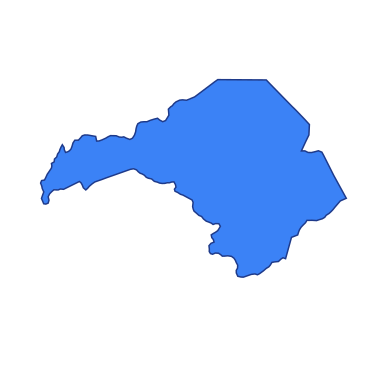 Caculé, Bahia, Brazil, rotated 331°
{"feature_id": "56859067B39713368810009", "entity_name": "Caculé", "entity_type": "district", "adm_level": 2, "iso_a3": "BRA", "parent_name": "Brazil", "parent_adm1": "Bahia", "projection": "albers", "projection_center": [-42.349, -14.492], "detail": "fine", "context": "isolated", "style": "filled", "palette": "blue", "viewbox_px": 384, "rotation_deg": 331, "n_neighbors": 0, "source": "geoboundaries", "source_scale": "gbopen_adm2", "svg_char_len": 2930}
<svg xmlns="http://www.w3.org/2000/svg" viewBox="0 0 384 384"><g transform="rotate(331 192 192)"><path d="M269.0,106.2L265.3,106.6L240.4,110.1L231.7,109.1L228.4,106.8L225.8,105.7L221.7,105.4L218.9,106.0L216.7,107.0L214.5,107.2L211.5,108.1L210.3,110.8L209.0,113.6L206.1,115.3L203.5,116.7L200.5,116.3L198.6,113.4L197.6,110.8L194.2,109.9L190.4,109.1L186.7,108.7L184.1,107.3L181.2,106.0L177.8,106.0L175.6,107.6L173.8,109.5L171.8,112.1L169.2,114.4L166.0,116.1L163.1,115.9L160.7,113.1L159.1,110.7L157.0,110.0L155.1,108.7L152.9,106.0L150.1,104.4L148.1,103.2L145.3,103.0L142.6,103.1L138.6,102.8L135.4,102.3L133.3,101.2L134.7,96.7L128.4,91.6L125.8,90.1L123.3,89.6L120.8,90.6L117.8,91.6L114.6,89.9L111.7,91.4L109.3,93.8L107.1,95.7L104.9,96.5L102.8,96.6L100.6,96.1L100.8,93.2L101.7,91.0L101.5,87.8L99.5,89.0L97.0,90.9L95.5,92.4L92.9,93.6L90.6,95.8L87.7,96.5L86.1,98.8L82.9,98.9L82.1,101.2L80.7,102.9L76.6,105.0L74.0,106.3L70.9,108.6L68.8,110.0L66.0,109.1L63.9,110.8L63.5,113.9L62.7,116.4L62.4,120.1L59.7,122.4L57.2,124.7L56.9,127.8L56.6,130.4L58.3,131.7L60.8,132.0L62.9,129.9L63.9,126.4L66.7,124.5L69.4,123.7L72.2,123.1L75.9,125.3L78.4,125.6L81.0,127.4L98.6,128.2L99.4,130.2L99.4,132.6L99.0,135.6L100.1,138.7L102.4,138.2L105.0,137.2L108.4,136.5L111.7,136.1L114.3,136.5L119.4,137.4L124.2,138.1L134.8,139.9L149.1,142.3L152.2,143.4L154.2,145.7L154.8,148.2L155.7,150.4L157.2,152.1L158.5,154.3L159.1,156.9L160.4,158.7L163.0,161.0L164.2,164.4L166.6,166.7L167.9,168.4L170.1,170.1L172.5,171.3L174.8,171.9L176.7,173.0L179.0,173.4L181.1,174.4L181.1,177.6L180.3,180.0L178.0,181.0L177.5,183.1L179.3,185.5L180.8,188.4L182.6,190.3L184.0,192.5L188.2,199.0L187.9,201.7L185.5,205.0L184.8,207.4L184.5,209.7L185.6,212.6L186.7,215.8L188.5,218.0L189.0,221.2L190.3,224.4L191.9,226.2L193.8,228.6L194.7,230.6L197.2,231.0L200.1,232.7L200.2,235.7L197.8,237.2L195.7,238.3L192.9,238.6L190.5,238.6L188.0,238.8L187.2,241.5L187.6,244.0L187.0,246.5L183.7,246.1L180.8,247.2L179.5,250.3L178.2,252.5L178.3,254.8L179.8,256.4L182.8,256.7L185.5,258.4L186.7,260.7L187.4,262.8L189.5,263.9L192.3,265.1L195.3,267.4L196.6,270.2L196.8,272.8L196.5,275.3L196.5,278.1L194.9,280.7L192.7,282.0L191.5,284.3L191.2,287.9L193.6,290.1L195.7,291.4L203.9,292.8L207.4,294.2L209.1,296.1L211.3,296.2L216.2,295.6L219.9,294.8L222.9,294.7L225.0,293.9L227.8,292.3L230.4,293.2L233.9,294.7L237.3,293.8L239.7,293.6L241.5,295.7L257.0,279.9L263.6,280.8L265.7,278.8L267.6,277.2L270.3,275.7L273.1,274.8L276.4,273.9L278.8,272.5L280.7,273.6L283.2,274.9L287.1,277.4L289.9,277.9L293.0,278.6L295.8,278.5L298.1,277.4L301.5,277.2L304.4,276.5L306.9,275.7L309.3,274.7L311.7,273.8L315.2,272.5L317.4,271.7L323.9,272.3L324.0,246.2L324.9,223.5L324.9,220.1L322.5,217.2L319.1,216.4L315.6,215.4L312.7,213.7L310.7,210.8L307.6,209.1L315.8,203.1L321.9,198.8L327.4,189.9L325.7,182.8L322.6,171.1L321.8,168.3L321.1,166.1L317.2,151.9L312.1,133.2L311.3,130.0L269.0,106.2Z" fill="#3b82f6" stroke="#1e3a8a" stroke-width="1.5"/></g></svg>